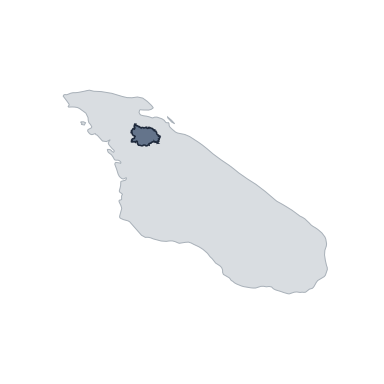 location of Mandritsara, Sofia, Madagascar, rotated 290°
{"feature_id": "10022922B13687974105922", "entity_name": "Mandritsara", "entity_type": "district", "adm_level": 2, "iso_a3": "MDG", "parent_name": "Madagascar", "parent_adm1": "Sofia", "projection": "robinson", "projection_center": [48.852, -16.049], "detail": "fine", "context": "in_parent", "style": "filled", "palette": "slate", "viewbox_px": 384, "rotation_deg": 290, "n_neighbors": 0, "source": "geoboundaries", "source_scale": "gbopen_adm2", "svg_char_len": 7934}
<svg xmlns="http://www.w3.org/2000/svg" viewBox="0 0 384 384"><g transform="rotate(290 192 192)"><path d="M244.6,46.2L245.5,48.6L246.6,50.9L249.9,56.4L251.3,58.5L252.6,60.8L253.1,65.3L255.3,72.3L257.3,82.9L257.9,93.7L258.5,98.7L260.0,103.3L262.6,108.2L263.4,113.6L261.8,119.1L259.5,124.3L258.9,125.3L257.9,126.7L257.4,126.6L255.6,125.3L254.1,123.1L252.3,117.9L251.6,115.2L250.8,114.8L248.6,115.0L247.1,116.7L246.8,117.7L247.1,120.6L247.7,123.3L248.0,126.0L248.0,129.3L248.6,130.3L249.5,131.2L250.4,133.4L250.5,138.7L249.9,141.3L248.4,143.6L248.5,144.9L249.1,146.2L248.5,146.9L246.5,147.9L245.6,148.8L244.5,151.1L242.7,155.9L242.5,158.3L243.6,165.6L243.3,170.9L241.0,180.9L239.7,185.6L237.8,191.3L235.0,198.7L232.2,208.1L229.8,217.7L228.0,223.5L226.0,229.2L223.3,239.3L221.0,249.6L217.5,260.8L212.8,273.4L212.3,275.0L211.3,281.4L210.2,287.0L209.0,292.5L206.3,301.6L206.0,304.5L205.4,307.2L202.9,312.9L201.8,315.0L201.1,317.3L200.6,320.1L199.9,322.9L198.0,328.0L195.2,332.3L193.4,333.9L189.3,336.2L187.2,336.7L182.6,336.8L178.1,338.1L173.5,340.6L169.0,343.5L167.3,344.9L165.4,345.7L159.5,345.8L157.7,345.2L151.8,340.4L149.5,339.7L145.1,339.0L143.8,338.6L142.6,338.0L140.8,335.5L137.3,333.4L136.5,332.7L135.9,331.3L135.5,329.7L134.6,328.0L133.9,324.6L132.8,322.3L129.5,318.2L129.2,316.9L128.9,312.5L128.9,309.5L128.6,304.1L128.9,301.6L130.0,299.3L129.6,296.8L128.3,294.2L127.9,291.5L126.9,289.0L123.5,284.6L122.7,282.4L122.1,280.2L120.8,273.2L120.6,270.7L120.8,265.5L121.2,262.9L122.0,261.0L122.2,259.6L122.7,258.4L123.5,257.5L124.1,256.3L125.3,249.7L126.9,248.3L129.2,247.4L131.1,245.7L132.2,243.4L133.3,238.5L136.2,233.8L137.3,231.2L139.7,227.5L141.8,222.1L142.4,219.6L142.9,217.0L143.4,211.4L143.8,208.6L143.7,205.8L142.4,202.9L139.5,197.7L139.4,196.7L139.6,192.9L139.3,190.1L138.2,187.3L136.8,184.7L135.4,179.8L134.7,171.7L134.8,168.7L134.4,166.1L133.4,163.6L134.1,159.3L142.7,143.6L143.0,141.7L142.6,137.0L142.8,134.2L143.1,133.1L143.8,132.5L145.3,132.2L152.4,131.6L153.3,131.1L155.1,129.7L157.5,127.2L158.6,126.4L159.6,126.7L160.2,127.8L161.0,128.4L163.8,127.3L164.9,127.2L166.1,127.4L166.6,126.3L166.9,124.9L167.3,123.9L168.1,123.3L171.8,123.0L174.1,122.6L177.2,121.6L177.8,121.8L180.3,125.4L181.1,125.7L182.0,125.9L182.9,125.2L180.9,123.3L180.6,122.3L180.7,121.0L181.7,118.5L183.5,116.5L187.5,113.5L191.6,110.0L192.8,109.8L193.8,110.3L194.6,114.4L194.5,115.1L195.2,115.2L195.9,114.7L196.6,113.0L196.6,111.6L196.1,110.3L195.8,109.2L195.8,108.2L197.9,105.8L199.5,103.5L200.3,100.7L200.9,99.4L202.7,98.0L203.2,98.2L203.6,99.4L203.8,100.6L203.4,101.9L202.7,103.1L202.5,104.7L203.5,105.0L204.4,104.6L205.7,101.7L207.3,98.9L208.2,97.5L209.4,96.5L211.3,96.7L213.2,97.3L210.1,94.4L209.3,90.4L213.0,83.5L213.0,82.1L213.5,81.6L213.8,81.1L211.9,78.7L211.5,77.6L211.8,75.8L212.7,74.3L213.5,73.2L214.6,72.8L215.6,73.4L217.6,75.3L218.9,75.6L220.6,73.7L221.9,71.4L224.0,69.9L226.3,68.9L229.8,65.3L232.0,57.7L232.2,55.5L231.7,52.8L230.9,50.3L229.6,47.1L229.9,46.4L231.8,46.8L232.5,46.4L234.5,43.6L238.0,38.2L239.1,38.2L240.1,39.2L240.4,40.7L241.1,41.7L243.4,44.3L244.6,46.2ZM220.7,67.5L220.7,68.3L218.1,67.9L217.7,65.1L218.9,65.0L219.2,63.8L220.0,63.7L220.9,66.2L220.7,67.5ZM252.4,148.2L250.2,152.4L250.8,148.9L253.4,143.8L254.2,143.4L252.4,148.2Z" fill="#d9dde1" stroke="#a8b0b8" stroke-width="1"/><path d="M234.3,115.1L234.1,115.2L234.0,115.3L233.9,115.3L233.7,115.5L233.7,115.4L233.3,115.4L233.2,115.5L233.0,115.9L232.8,115.9L232.7,116.1L232.3,116.5L232.1,116.5L231.9,116.1L231.7,116.2L231.4,116.3L231.4,116.2L231.5,115.7L231.4,115.6L231.3,115.4L231.3,115.2L231.3,114.9L231.1,114.8L230.8,114.8L230.7,114.8L230.3,114.7L230.2,114.8L230.1,114.7L229.8,114.7L229.3,114.4L229.1,114.4L229.0,114.1L228.9,114.1L228.5,114.3L228.2,114.8L228.0,115.0L227.8,114.9L227.6,114.9L227.5,114.5L227.5,114.4L226.9,114.5L226.8,114.8L226.9,115.2L226.9,115.3L226.9,115.6L226.4,115.9L225.8,116.3L225.6,116.4L225.6,116.6L225.2,117.1L225.2,117.3L225.0,117.6L225.0,118.1L225.1,118.4L225.0,118.5L225.1,118.8L224.9,118.9L224.8,119.0L224.8,119.5L224.7,119.6L224.3,119.4L224.0,119.3L223.3,119.5L223.0,119.5L222.7,119.6L222.5,119.4L222.5,119.1L222.4,118.8L221.9,118.7L221.8,118.3L221.6,117.8L221.4,117.8L221.1,117.9L220.6,117.6L220.2,117.5L220.1,117.8L220.2,118.0L219.7,118.3L219.5,118.2L219.5,117.9L219.3,117.8L219.2,117.9L218.9,117.9L218.6,117.8L218.4,117.9L218.4,118.1L218.6,118.2L218.6,118.6L218.7,119.1L218.9,119.1L219.0,119.3L219.1,119.8L219.3,119.9L219.3,120.1L219.5,120.3L219.4,120.6L219.6,120.8L219.4,121.7L219.7,121.6L220.0,121.8L220.3,121.9L220.5,122.2L220.8,122.4L220.9,122.5L220.9,123.1L220.7,123.4L220.3,123.3L220.2,123.4L220.1,123.5L219.9,123.5L219.7,123.5L219.5,123.9L219.2,124.0L219.1,124.3L218.9,124.5L218.6,124.5L218.2,124.9L218.2,125.1L217.7,125.6L217.7,125.9L217.8,126.1L217.8,126.3L218.0,126.8L218.0,127.1L218.2,127.6L218.1,128.2L218.2,129.0L218.3,129.1L218.5,129.7L218.7,129.8L218.8,129.8L218.9,130.1L219.3,130.2L219.6,130.5L219.8,131.0L219.9,131.8L220.0,132.2L219.9,132.8L219.6,133.0L219.9,133.7L220.1,133.9L220.2,134.1L220.5,134.3L220.8,134.5L221.0,134.6L221.3,134.7L221.4,135.0L221.4,135.7L221.6,135.6L221.7,135.3L222.1,135.4L222.5,135.3L222.7,135.1L222.9,135.3L223.0,135.3L223.2,135.6L223.4,136.0L223.6,136.2L223.6,136.5L223.8,136.7L224.0,136.7L224.0,136.8L224.4,136.8L224.5,136.8L224.7,137.0L224.8,137.1L225.1,137.2L225.2,137.5L225.5,137.6L225.7,137.8L225.6,138.0L225.8,138.2L225.8,138.4L226.0,138.6L226.2,138.9L225.9,138.9L226.2,139.0L226.2,139.4L226.6,139.2L226.5,139.4L226.5,139.6L226.5,139.8L226.2,140.2L226.5,140.4L226.6,140.5L226.7,140.8L226.8,140.6L226.9,140.8L227.0,141.1L226.8,141.4L226.6,141.5L226.6,141.9L226.4,141.8L226.4,142.0L226.3,142.4L226.2,142.4L225.9,142.6L226.1,142.8L226.2,143.1L226.3,142.7L226.4,142.8L226.8,142.6L227.0,142.6L227.3,142.9L227.4,143.1L227.7,143.3L227.7,143.2L228.0,143.2L228.1,142.9L228.2,142.7L228.3,142.8L228.6,142.9L228.7,142.7L228.8,142.7L229.1,142.7L229.1,142.8L229.3,143.1L229.6,143.2L229.8,143.0L230.0,143.1L230.3,143.2L230.5,143.1L231.0,143.0L231.0,142.9L231.2,143.1L231.3,143.1L231.6,143.1L232.5,143.2L232.7,142.9L232.8,143.0L233.0,142.9L233.2,142.7L233.3,142.7L233.3,142.8L233.5,142.9L233.6,142.6L233.4,142.6L233.2,142.4L233.1,142.2L232.9,142.1L232.9,141.9L233.0,141.9L233.0,141.7L233.0,141.4L233.3,141.3L233.4,141.2L233.5,140.9L233.9,140.7L234.0,140.7L234.1,139.6L234.3,139.4L234.5,139.1L234.8,138.9L235.1,138.7L235.3,138.5L235.7,138.5L235.8,138.4L236.1,138.2L236.3,137.6L236.4,137.4L236.7,137.2L236.8,137.2L236.8,136.9L236.5,136.7L236.7,136.2L236.8,135.7L236.7,135.5L236.9,135.4L237.1,135.3L237.2,135.1L237.4,135.1L237.5,135.2L237.5,134.4L237.4,134.3L237.3,134.2L237.5,134.0L237.5,133.9L237.8,133.8L238.0,133.5L238.1,133.3L237.9,133.2L237.9,132.7L237.9,132.1L238.0,132.1L238.0,131.9L238.1,131.6L238.0,131.4L238.0,131.2L238.0,130.9L238.1,130.7L237.9,130.5L237.7,130.4L237.5,130.2L237.5,129.9L237.9,129.5L237.7,129.4L237.7,129.5L237.5,129.3L237.4,129.3L237.4,129.2L237.7,129.1L237.8,129.1L237.7,128.9L237.2,128.8L237.0,129.0L236.9,128.8L236.7,128.8L236.6,128.7L236.7,128.4L236.6,127.9L236.6,127.0L236.7,126.9L236.8,126.9L237.2,126.9L236.7,126.0L236.4,125.9L236.3,125.7L236.0,125.4L235.9,125.1L235.7,125.0L235.8,124.9L235.8,124.7L235.9,124.3L235.7,124.0L235.7,123.9L235.7,123.7L235.6,123.3L235.7,123.1L235.6,122.9L235.4,122.8L235.2,122.6L234.8,122.3L234.8,122.2L234.7,122.2L234.9,121.5L234.9,121.3L235.0,121.2L235.1,120.9L235.0,120.7L235.1,120.2L235.3,120.2L235.2,119.8L235.4,119.6L235.2,119.4L235.4,119.2L235.3,118.9L235.4,118.7L235.4,118.3L235.4,118.2L235.6,117.9L235.6,117.7L235.4,117.5L235.3,117.4L235.3,117.2L235.2,116.8L235.5,116.6L235.6,116.4L235.8,116.3L235.8,116.1L236.0,116.1L235.9,116.0L236.0,115.9L236.1,115.7L236.4,115.6L236.4,115.4L236.4,115.1L236.2,115.1L236.1,115.4L236.0,115.5L235.9,115.4L235.8,115.1L235.6,115.0L235.4,115.2L235.2,115.3L235.1,115.2L234.9,115.3L234.8,115.2L234.7,115.3L234.5,115.1L234.4,115.1L234.3,115.1Z" fill="#64748b" stroke="#1e293b" stroke-width="1.5"/></g></svg>